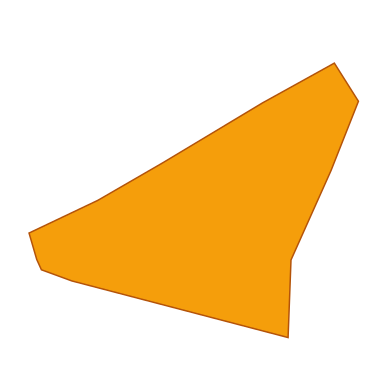 outline of Micoud, rotated 94°
{"feature_id": "LCA-5083", "entity_name": "Micoud", "entity_type": "Quarter", "adm_level": 1, "iso_a3": "LCA", "parent_name": "Saint Lucia", "parent_adm1": "", "projection": "equal_earth", "projection_center": [-60.927, 13.81], "detail": "fine", "context": "isolated", "style": "filled", "palette": "amber", "viewbox_px": 384, "rotation_deg": 94, "n_neighbors": 0, "source": "natural_earth", "source_scale": "10m", "svg_char_len": 317}
<svg xmlns="http://www.w3.org/2000/svg" viewBox="0 0 384 384"><g transform="rotate(94 192 192)"><path d="M330.5,86.0L289.1,305.7L280.1,336.8L270.1,342.2L244.3,351.7L206.9,285.4L165.1,223.5L98.2,127.9L53.5,59.0L89.9,32.3L160.9,54.8L252.9,88.5L330.5,86.0Z" fill="#f59e0b" stroke="#b45309" stroke-width="1.5"/></g></svg>